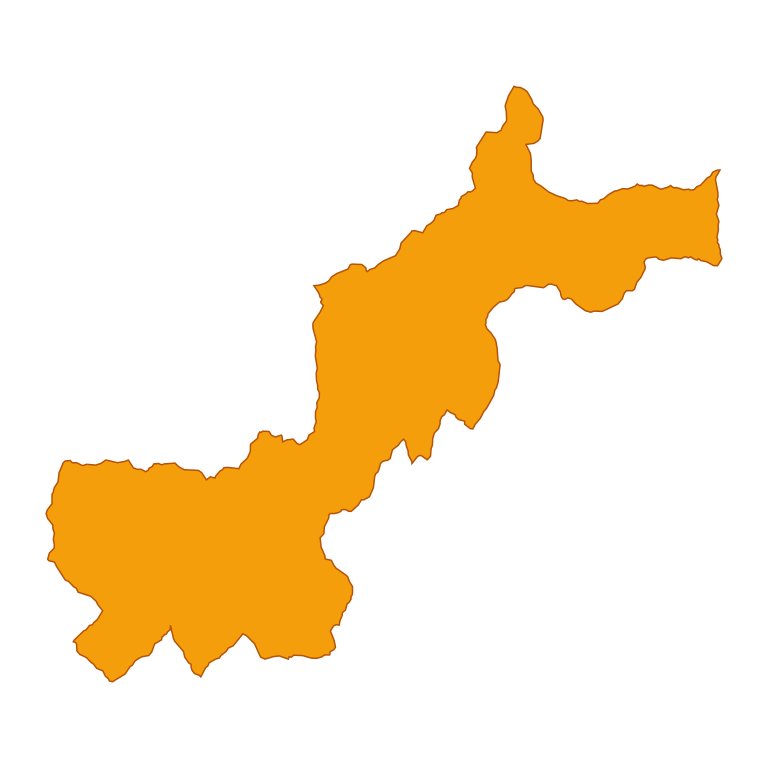 Yungay, Áncash, Peru
{"feature_id": "86281439B99310220517112", "entity_name": "Yungay", "entity_type": "district", "adm_level": 2, "iso_a3": "PER", "parent_name": "Peru", "parent_adm1": "Áncash", "projection": "robinson", "projection_center": [-77.695, -9.174], "detail": "fine", "context": "isolated", "style": "filled", "palette": "amber", "viewbox_px": 768, "rotation_deg": 0, "n_neighbors": 0, "source": "geoboundaries", "source_scale": "gbopen_adm2", "svg_char_len": 6061}
<svg xmlns="http://www.w3.org/2000/svg" viewBox="0 0 768 768"><path d="M717.6,265.7L721.9,258.6L720.4,254.2L720.2,249.3L719.1,247.2L718.9,244.7L717.4,242.6L717.8,239.8L716.9,237.1L718.4,230.0L718.1,225.6L718.9,221.4L716.4,214.1L718.9,205.3L717.2,199.4L718.0,196.8L717.9,192.6L715.5,179.9L715.9,177.2L720.0,170.0L717.6,170.0L712.8,172.2L710.4,176.2L707.2,178.0L700.6,185.1L696.6,186.9L694.3,189.5L691.2,190.2L688.6,189.2L683.6,189.8L677.1,187.7L673.5,187.8L670.7,185.5L668.0,187.1L660.8,189.3L652.4,185.2L648.5,185.0L644.3,186.3L641.7,185.3L639.6,185.6L637.3,184.0L634.9,186.2L627.8,189.0L622.7,188.6L616.6,190.9L614.6,191.0L608.1,194.9L603.8,198.8L600.4,199.8L598.2,202.8L597.0,203.3L587.4,203.5L581.7,201.2L579.2,201.4L576.9,199.9L571.3,200.8L568.1,200.5L565.2,198.5L557.0,195.8L548.9,192.1L541.0,186.0L535.9,183.0L533.5,179.3L533.1,174.9L531.2,171.1L531.2,160.3L530.4,153.5L525.9,144.4L534.0,143.4L538.0,140.9L540.1,138.5L543.1,120.0L542.8,117.1L538.3,109.1L533.1,103.8L531.7,99.5L527.2,91.8L524.4,89.5L520.3,87.5L515.8,87.2L514.1,86.3L508.7,95.4L505.5,104.5L505.2,106.5L506.3,111.6L506.6,120.0L506.3,121.3L502.8,125.9L501.0,130.3L496.9,132.7L486.1,132.0L476.3,147.5L476.9,149.6L476.6,155.4L475.4,158.4L472.4,162.0L469.5,168.4L472.3,172.9L472.3,177.5L475.4,188.1L472.9,190.7L470.6,191.9L467.9,191.8L466.0,193.9L461.3,196.5L461.1,197.9L459.4,200.1L458.3,205.5L453.0,208.5L446.6,209.7L444.5,212.5L442.2,212.7L440.3,214.0L436.0,215.3L434.0,220.3L431.2,223.1L426.9,225.7L422.7,232.8L415.1,230.7L411.8,230.9L411.1,232.4L401.1,243.0L399.7,249.1L395.5,255.7L383.5,260.9L378.6,264.2L374.7,268.0L369.8,269.5L367.2,271.6L366.2,270.7L365.9,267.9L361.8,264.5L352.1,264.1L350.3,264.7L348.1,269.0L336.9,273.5L331.8,276.7L328.8,280.9L325.8,283.0L319.0,285.2L313.9,285.6L318.9,293.2L320.1,297.2L322.0,299.0L321.9,300.2L320.7,301.5L320.8,302.6L323.4,305.7L319.7,312.8L313.3,322.3L312.9,324.1L313.0,328.1L316.6,341.8L315.5,346.8L315.9,350.2L315.3,355.9L317.3,368.2L316.2,373.3L316.5,380.2L317.6,385.2L317.7,389.3L319.4,392.7L319.3,397.6L316.8,402.8L317.2,407.4L315.5,411.8L315.5,418.3L316.3,421.6L314.0,428.0L314.5,431.6L308.9,435.1L307.4,439.6L300.0,444.7L297.1,443.5L293.2,439.1L287.2,439.8L282.7,441.8L281.9,436.0L281.2,435.1L275.4,437.0L271.3,435.2L269.2,431.7L268.4,431.4L262.7,431.2L261.0,432.4L259.7,432.0L258.2,434.8L257.6,438.3L250.5,444.2L250.3,451.7L247.3,458.2L241.2,463.9L238.8,468.7L227.7,467.4L224.0,467.7L222.4,469.7L219.8,471.2L215.8,475.9L215.0,478.0L210.4,476.8L206.4,479.8L201.6,472.6L198.4,470.4L184.2,469.7L178.9,466.9L175.0,463.1L164.4,463.9L161.5,464.8L158.5,463.5L153.8,463.9L152.2,466.6L149.2,468.1L148.2,470.2L145.6,471.7L141.2,469.3L137.2,469.3L133.4,467.9L128.3,460.0L124.6,461.5L117.5,462.7L105.8,460.0L101.1,463.4L95.6,465.1L86.7,464.3L82.6,465.6L76.8,462.8L72.2,462.7L70.2,460.5L65.2,461.0L63.3,462.7L59.1,472.6L58.0,481.9L54.2,487.8L53.1,492.7L52.0,494.3L52.0,503.8L47.5,509.6L46.1,513.6L47.7,518.5L52.8,525.0L52.9,528.8L54.4,533.2L53.3,539.4L54.3,544.6L54.1,548.2L49.4,553.0L47.7,559.1L48.6,560.6L54.4,562.0L56.6,566.5L65.3,580.0L68.5,581.4L74.0,587.0L76.2,588.1L78.1,592.2L90.8,596.3L96.0,601.1L98.1,605.1L102.7,610.7L97.4,619.5L93.7,622.7L92.4,624.8L89.5,625.4L86.2,629.8L83.8,630.8L74.0,640.3L73.3,641.8L75.6,642.4L76.6,644.3L76.9,651.0L79.8,654.4L86.5,657.6L90.9,662.3L93.6,664.2L96.7,668.4L102.9,670.9L105.4,676.2L108.4,678.8L109.0,680.3L109.8,681.2L112.6,681.7L125.1,674.0L130.0,666.7L132.3,665.3L134.9,661.1L136.9,659.6L141.7,656.8L148.8,655.5L151.6,652.2L154.7,643.8L161.5,639.9L162.0,637.2L164.8,634.6L166.4,634.0L167.6,631.8L170.2,629.7L170.4,625.3L173.5,638.6L174.7,641.2L183.5,651.5L184.7,657.1L188.8,663.0L191.0,664.3L191.2,667.9L192.3,670.7L194.5,673.5L199.2,675.3L200.8,676.9L205.5,667.9L208.0,665.7L209.0,662.9L215.6,659.1L219.2,658.1L221.3,655.2L226.1,651.5L228.3,648.1L233.2,645.8L242.9,633.8L246.6,635.7L254.5,643.7L260.6,657.1L264.9,659.1L273.5,656.6L279.2,655.9L288.3,659.1L289.2,656.8L291.4,657.1L293.8,655.2L302.6,655.6L311.8,658.2L316.8,658.3L322.0,656.8L324.4,655.0L329.7,654.9L330.1,651.8L334.0,649.6L335.5,647.1L334.1,640.3L330.4,631.0L333.6,625.8L336.5,624.7L339.1,625.2L340.0,620.6L342.2,615.3L342.4,612.7L345.5,609.9L347.1,603.8L348.8,602.7L351.1,598.9L350.9,596.8L352.2,594.8L352.5,592.9L352.5,586.6L349.5,581.7L347.7,576.8L346.3,575.4L336.1,568.2L334.0,565.6L331.3,560.3L325.1,558.9L324.9,555.7L321.1,547.2L320.1,537.9L323.9,533.6L324.3,527.0L328.6,518.3L329.1,514.5L330.5,513.5L334.1,513.6L338.5,512.6L341.0,511.2L341.6,509.8L344.4,509.5L347.3,510.2L348.4,511.3L351.3,511.3L358.2,505.0L361.4,499.8L363.8,499.8L369.4,496.8L373.4,487.7L374.7,476.4L375.7,473.7L377.6,472.3L378.8,469.8L380.5,463.6L382.0,461.9L384.2,460.8L387.4,460.4L390.1,458.6L392.5,449.7L398.2,445.4L400.8,441.6L403.7,439.2L405.7,441.8L406.3,446.1L408.0,450.6L408.4,455.0L411.8,461.6L412.0,463.5L417.4,456.6L419.7,455.4L421.6,455.8L427.2,459.8L430.5,456.3L431.1,448.7L432.4,445.2L432.7,438.5L434.4,432.9L438.4,428.8L440.0,424.1L440.2,420.1L441.8,416.6L444.3,414.9L447.1,409.9L450.4,412.6L455.0,414.6L456.1,417.2L458.5,419.5L464.7,421.2L464.6,424.2L470.3,428.6L472.8,429.0L475.3,424.2L480.4,418.2L483.5,412.0L486.6,408.2L493.6,395.6L494.8,390.2L496.4,387.9L498.2,381.8L500.1,364.6L498.0,360.6L497.2,348.9L495.9,341.4L494.8,338.7L490.9,332.9L487.0,328.9L485.4,324.7L486.0,323.2L485.8,319.6L487.5,316.8L488.1,313.6L493.2,307.4L499.4,302.1L504.5,301.0L507.7,299.2L512.4,293.2L514.3,291.7L514.5,289.1L515.8,288.3L522.4,287.5L524.8,285.8L527.1,285.5L543.6,287.7L548.7,284.1L551.6,284.2L556.6,285.8L560.3,291.8L561.1,296.1L562.6,298.8L564.6,299.5L567.9,297.9L571.4,299.0L575.9,304.0L585.3,310.7L590.7,312.2L594.4,311.1L602.2,311.4L618.0,304.0L622.2,298.9L624.3,293.1L626.5,290.7L632.3,290.7L634.4,289.4L636.8,282.4L640.8,277.5L645.0,269.1L645.3,267.0L644.0,262.2L645.4,259.4L647.7,258.0L655.3,256.9L657.0,257.4L658.8,259.2L663.4,260.3L671.3,257.9L681.0,258.7L684.1,257.1L686.0,256.8L688.3,257.9L690.4,256.8L695.0,259.5L697.3,260.0L698.5,258.7L701.0,260.6L706.5,261.7L713.6,265.6L717.6,265.7Z" fill="#f59e0b" stroke="#b45309" stroke-width="1.5"/></svg>